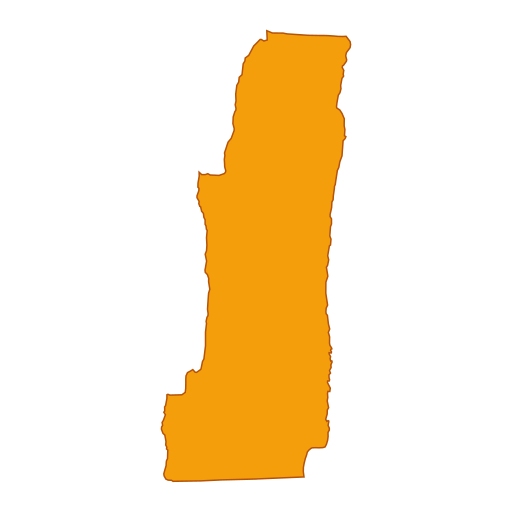 outline of Kimvula, Bas-Congo, Democratic Republic of the Congo
{"feature_id": "63176286B83971453832478", "entity_name": "Kimvula", "entity_type": "district", "adm_level": 2, "iso_a3": "COD", "parent_name": "Democratic Republic of the Congo", "parent_adm1": "Bas-Congo", "projection": "equal_earth", "projection_center": [16.045, -5.418], "detail": "fine", "context": "isolated", "style": "filled", "palette": "amber", "viewbox_px": 512, "rotation_deg": 0, "n_neighbors": 0, "source": "geoboundaries", "source_scale": "gbopen_adm2", "svg_char_len": 4398}
<svg xmlns="http://www.w3.org/2000/svg" viewBox="0 0 512 512"><path d="M346.1,36.3L342.8,36.5L338.2,36.4L333.6,36.0L327.5,35.6L324.2,35.5L319.9,35.5L314.2,35.4L308.1,35.3L287.2,33.9L283.1,33.1L272.4,33.0L266.8,30.7L267.2,40.0L264.6,40.8L263.9,41.0L261.1,39.4L260.6,39.5L260.1,39.5L258.9,40.7L258.2,41.5L253.7,46.0L252.0,49.2L251.0,51.1L248.7,55.4L245.2,58.0L244.9,61.0L243.2,63.8L242.0,74.7L240.6,76.0L239.2,77.3L238.7,82.0L236.8,85.4L236.3,89.5L236.0,91.6L236.0,91.9L235.7,94.0L236.0,101.0L235.2,104.7L235.6,106.7L236.0,108.3L235.9,109.3L235.8,110.2L235.3,111.0L234.8,111.8L233.2,116.9L232.9,123.6L234.2,128.5L234.1,130.5L233.4,132.4L231.2,138.4L228.9,141.1L228.1,142.1L227.0,145.3L226.0,148.5L224.8,152.0L224.5,153.0L224.9,155.4L224.3,159.3L224.6,164.3L224.7,166.8L225.1,168.4L225.7,170.4L225.7,170.6L225.6,171.9L224.7,173.2L224.5,173.5L219.1,175.4L210.2,175.0L207.8,173.7L205.3,174.6L205.2,174.6L201.7,174.6L199.1,172.2L199.2,176.1L198.1,182.5L198.0,183.2L197.9,187.2L198.9,188.3L198.9,189.6L198.8,190.7L198.5,191.6L197.0,195.8L197.0,197.7L199.1,201.4L198.8,203.7L199.3,205.0L199.8,206.4L200.4,206.7L200.6,206.8L201.6,211.2L203.4,213.4L203.9,217.4L205.1,219.7L205.1,224.3L206.0,225.9L206.4,229.3L207.0,230.1L207.2,230.3L206.5,237.7L206.7,241.4L206.9,245.2L206.5,250.8L205.2,254.2L206.6,261.1L206.3,262.7L205.3,268.5L205.0,269.9L205.0,270.2L205.3,272.4L207.4,274.6L208.7,278.4L208.6,281.7L209.8,289.3L208.6,293.1L208.3,296.9L207.5,309.2L208.1,313.6L207.9,315.9L207.0,317.2L206.1,321.4L206.5,323.5L206.0,327.9L205.5,332.1L205.5,338.9L205.5,345.8L203.9,359.0L202.5,361.5L201.0,369.0L200.1,369.9L196.5,372.4L196.4,372.4L195.1,372.2L194.6,371.6L192.8,369.6L190.7,370.9L187.5,372.6L186.0,375.9L185.8,379.2L185.8,383.7L185.7,388.5L185.2,392.4L181.8,394.8L178.4,394.9L174.0,395.0L169.8,395.1L167.9,394.3L167.4,394.6L166.9,394.8L166.9,398.4L165.6,405.5L165.0,406.4L164.6,407.0L164.7,409.0L164.7,411.1L163.8,412.2L165.4,414.8L163.3,420.5L162.1,422.4L162.6,425.4L161.6,427.0L161.4,429.1L163.0,433.4L164.0,434.3L164.3,434.6L164.8,435.0L165.7,439.9L166.0,441.7L165.7,445.0L166.1,445.7L166.8,447.2L166.5,448.9L167.8,450.1L167.5,458.6L166.4,461.0L166.2,463.4L166.1,465.6L164.5,471.2L163.8,473.8L164.1,475.9L165.0,477.5L165.9,479.1L168.1,480.1L171.5,480.3L173.0,481.3L200.4,480.9L221.4,479.9L256.3,479.0L257.7,478.9L288.0,477.6L302.8,477.0L304.0,477.0L303.3,471.6L303.4,467.4L304.1,463.5L305.3,458.6L306.6,454.9L307.3,452.1L308.8,450.2L310.9,448.4L312.3,447.8L315.8,447.7L319.0,447.8L323.0,447.6L325.1,446.9L326.4,444.4L327.6,440.3L328.1,436.6L328.0,432.5L328.8,431.0L329.3,430.1L329.3,428.1L328.3,425.9L328.1,425.4L328.4,423.6L328.8,421.7L328.7,421.6L328.5,420.2L328.5,420.3L326.9,421.4L325.7,419.3L327.2,414.0L327.3,410.0L328.6,407.7L327.2,400.9L327.8,397.5L327.7,396.3L327.5,393.4L327.9,391.4L329.8,391.5L330.3,388.2L327.5,382.6L327.5,382.4L327.6,381.0L329.2,381.0L329.6,379.8L329.2,378.2L329.0,377.1L329.0,374.8L330.5,373.1L329.5,370.6L329.6,370.3L331.1,367.6L330.9,364.8L332.1,362.0L332.0,361.7L331.8,360.9L330.7,361.0L330.1,358.7L330.6,356.6L329.1,353.9L329.1,352.7L331.2,353.0L331.5,352.0L331.4,351.7L330.6,350.4L330.7,350.0L330.8,349.3L331.5,349.1L331.8,349.0L331.8,348.3L329.9,345.3L329.5,343.1L329.6,336.9L328.8,334.0L328.8,333.9L328.7,333.8L328.3,332.4L329.7,329.0L328.4,323.9L327.4,315.3L326.5,314.2L326.1,313.7L326.1,313.4L325.9,311.7L326.2,308.1L327.6,305.1L327.0,301.1L325.8,293.2L325.9,282.1L327.8,276.4L327.7,275.2L326.4,267.2L327.6,265.4L328.7,259.8L327.7,255.8L329.4,245.8L330.5,245.0L331.0,239.1L329.8,236.0L330.5,226.7L331.5,224.0L331.5,218.9L330.3,216.9L330.1,216.6L330.1,214.4L330.7,211.8L331.6,207.7L331.9,202.4L331.9,202.0L333.1,199.8L333.3,196.1L334.4,188.2L334.4,186.7L335.3,184.3L335.7,181.3L336.9,173.5L337.2,171.5L337.3,170.6L338.2,168.7L338.8,167.4L339.8,161.9L340.7,159.4L342.0,155.9L343.1,140.8L343.6,140.2L344.5,139.3L344.9,138.8L345.1,138.5L345.4,137.9L345.9,136.6L344.5,135.8L344.9,129.5L344.2,126.0L344.2,122.4L344.3,118.8L342.6,114.8L342.0,113.4L339.8,110.0L336.9,108.1L336.5,106.9L336.9,103.1L338.3,95.2L339.9,92.8L340.3,91.5L340.9,89.0L341.0,88.7L340.8,87.2L340.7,85.6L340.7,85.3L342.0,78.3L343.6,76.2L343.6,75.9L343.2,74.3L343.6,71.4L343.7,70.7L343.8,70.4L342.2,67.5L342.5,65.9L343.5,65.3L346.3,61.4L346.7,59.9L346.5,59.1L345.7,55.8L346.4,52.6L347.5,51.1L348.3,50.1L350.1,47.6L350.6,44.6L350.1,41.6L346.1,36.3Z" fill="#f59e0b" stroke="#b45309" stroke-width="1.5"/></svg>